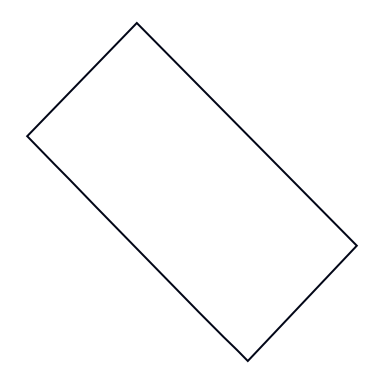 the district of Salliqueló, Buenos Aires, Argentina
{"feature_id": "61730980B3490354735950", "entity_name": "Salliqueló", "entity_type": "district", "adm_level": 2, "iso_a3": "ARG", "parent_name": "Argentina", "parent_adm1": "Buenos Aires", "projection": "orthographic", "projection_center": [-63.063, -36.671], "detail": "fine", "context": "isolated", "style": "outline", "palette": "ink", "viewbox_px": 384, "rotation_deg": 0, "n_neighbors": 0, "source": "geoboundaries", "source_scale": "gbopen_adm2", "svg_char_len": 254}
<svg xmlns="http://www.w3.org/2000/svg" viewBox="0 0 384 384"><path d="M356.8,245.7L136.8,23.0L27.2,136.2L54.5,164.3L69.9,179.9L95.5,206.4L199.0,312.3L223.7,337.1L237.0,350.0L247.8,361.0L356.8,245.7Z" fill="none" stroke="#020617" stroke-width="2"/></svg>